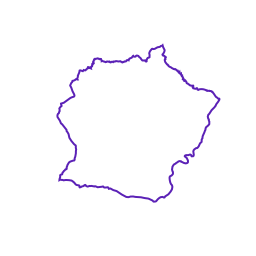 the district of Manja, Menabe, Madagascar, rotated 312°
{"feature_id": "10022922B70385192089273", "entity_name": "Manja", "entity_type": "district", "adm_level": 2, "iso_a3": "MDG", "parent_name": "Madagascar", "parent_adm1": "Menabe", "projection": "mercator", "projection_center": [44.3, -21.407], "detail": "fine", "context": "isolated", "style": "outline", "palette": "violet", "viewbox_px": 256, "rotation_deg": 312, "n_neighbors": 0, "source": "geoboundaries", "source_scale": "gbopen_adm2", "svg_char_len": 5799}
<svg xmlns="http://www.w3.org/2000/svg" viewBox="0 0 256 256"><g transform="rotate(312 128 128)"><path d="M212.6,98.4L212.2,98.4L210.8,97.5L210.2,97.5L209.5,97.3L207.7,95.9L204.7,94.9L203.5,93.9L203.1,93.0L202.5,92.8L199.6,93.0L197.8,93.7L196.7,95.2L195.0,96.6L194.5,96.5L193.3,95.8L192.5,95.8L191.7,96.1L190.9,96.1L190.5,96.5L190.3,97.1L189.9,97.2L189.6,97.1L189.3,96.5L189.5,95.7L189.5,95.3L188.0,93.8L187.8,93.3L188.0,91.8L188.4,90.3L188.2,89.0L188.5,87.5L187.8,86.1L187.0,85.7L186.1,85.8L185.7,85.5L185.0,84.7L184.9,84.1L185.1,83.6L184.8,83.5L182.7,83.7L180.7,82.7L179.8,82.9L179.5,82.7L178.8,83.1L178.7,82.5L177.9,82.2L177.4,81.7L176.7,81.9L176.2,81.9L175.7,81.6L175.1,80.8L174.1,80.7L173.8,80.2L172.9,79.9L172.8,79.6L172.9,78.9L172.4,78.1L172.4,77.5L171.2,76.6L169.7,74.3L168.5,73.8L168.1,73.0L167.0,72.9L166.7,71.9L166.0,71.4L165.2,71.3L165.0,71.0L164.8,70.5L165.0,69.9L164.9,69.6L164.4,69.5L163.9,68.5L163.2,67.8L162.7,67.8L162.1,67.1L161.9,67.1L161.8,66.7L161.5,66.2L161.4,65.7L161.0,65.2L160.6,63.7L160.2,63.6L160.7,63.1L160.7,62.4L161.2,61.7L160.9,61.3L160.0,60.7L160.0,60.0L159.6,59.6L159.6,59.1L159.4,58.8L157.5,57.6L157.0,57.5L157.1,57.1L156.4,56.9L154.8,57.6L154.0,57.7L153.9,57.8L153.9,58.2L153.4,58.3L153.3,59.1L153.1,59.3L152.8,59.2L152.3,58.6L151.7,58.6L151.7,59.2L151.6,59.3L150.7,59.3L150.3,59.5L150.1,59.9L149.9,60.0L149.1,59.7L148.6,60.0L148.3,59.6L147.9,59.5L147.4,60.4L147.1,59.5L146.4,58.9L146.9,58.0L146.4,57.5L145.3,58.0L144.5,57.9L143.8,58.0L143.2,57.7L142.4,57.8L141.9,57.3L141.5,56.3L140.0,56.4L139.0,54.1L138.6,53.7L138.3,53.6L136.7,54.6L133.2,55.8L132.5,56.5L130.7,57.2L130.3,58.1L130.2,58.0L129.7,56.8L129.3,56.6L128.1,56.5L126.6,55.8L125.9,55.2L124.7,55.8L123.7,55.7L121.0,56.5L120.6,57.2L120.1,58.7L118.2,62.2L117.0,65.4L116.4,66.4L115.7,66.8L115.1,66.8L113.2,65.7L111.8,65.1L103.8,63.4L101.3,61.9L100.6,62.7L100.2,63.6L99.9,63.9L98.2,63.7L96.6,63.9L95.5,65.3L95.2,65.4L94.6,66.0L93.8,66.1L92.7,66.7L91.7,66.5L90.7,66.8L89.8,67.4L89.0,68.3L87.9,72.4L86.6,75.1L86.7,76.6L85.5,83.5L84.6,84.5L84.4,85.9L83.7,87.9L81.5,91.0L80.5,94.6L79.9,98.7L80.0,100.8L79.7,101.3L78.4,102.4L77.4,103.8L76.0,104.7L74.3,106.2L71.4,108.0L69.8,108.6L68.7,109.6L67.8,109.7L67.0,109.0L64.5,107.6L62.9,107.2L59.9,107.8L58.5,108.5L57.9,108.6L56.8,109.6L56.4,109.8L56.0,109.7L55.5,109.2L54.0,109.3L53.2,109.1L52.1,109.3L51.1,109.2L49.7,110.0L49.4,110.0L48.3,109.3L47.5,109.2L46.2,110.4L44.2,111.3L43.4,111.9L44.3,112.2L45.2,113.7L45.7,114.2L46.0,115.1L47.8,116.6L49.8,119.1L51.2,121.3L51.5,123.6L51.3,123.8L51.4,125.0L51.1,126.4L51.1,127.2L51.3,128.0L52.5,129.9L52.6,130.3L52.4,130.7L51.7,131.3L51.6,131.9L52.5,132.5L53.4,132.7L54.8,133.6L55.4,133.9L55.7,133.8L56.6,134.0L57.1,134.4L57.1,135.1L56.9,135.8L57.4,137.1L57.9,137.5L59.1,138.1L59.5,138.7L60.5,139.6L62.1,142.2L62.6,142.4L63.0,143.1L63.7,145.1L67.1,148.1L67.8,148.5L67.9,148.8L67.8,149.8L68.0,150.3L69.0,151.4L70.4,152.6L70.5,153.0L70.0,154.5L71.0,155.1L71.3,155.5L72.0,158.6L73.5,161.7L74.4,167.9L75.6,172.8L76.2,173.7L77.0,174.7L78.8,175.8L80.5,177.6L81.8,179.7L85.2,184.0L87.1,187.3L89.0,190.1L89.4,191.0L90.2,193.7L90.5,194.7L90.4,196.2L90.6,196.5L91.5,197.4L92.4,197.9L93.1,197.9L94.8,197.8L97.1,198.1L98.5,198.6L99.7,199.6L100.0,199.9L100.3,201.1L100.8,201.6L102.1,201.4L105.8,202.4L109.4,202.2L111.8,201.7L113.5,200.7L114.2,200.1L114.9,199.0L115.1,197.5L115.8,195.9L117.3,193.8L118.5,192.5L119.2,191.9L119.6,191.7L120.3,191.6L121.9,192.2L123.6,192.2L124.1,192.0L125.3,190.9L125.7,189.9L126.6,188.5L129.1,186.9L130.9,186.6L131.9,186.6L133.4,187.2L134.3,187.2L135.7,187.7L136.7,187.8L137.7,188.3L138.7,189.5L138.5,190.1L139.0,191.2L139.3,192.6L140.2,194.4L141.0,195.1L141.9,195.5L142.5,195.5L143.0,195.2L144.0,194.2L145.0,191.7L144.9,189.2L145.3,188.9L145.8,188.9L146.8,189.4L148.2,191.0L149.7,191.8L150.0,192.2L150.1,193.1L149.6,193.9L149.6,194.3L150.5,195.2L151.2,195.3L152.1,194.8L154.3,192.2L155.3,191.7L156.5,191.6L158.3,192.0L158.8,192.2L159.4,192.8L159.8,192.9L161.7,192.8L164.8,191.8L166.8,192.0L167.3,191.7L168.7,190.5L170.4,190.1L171.0,189.5L172.1,188.9L175.8,187.7L177.7,186.9L178.4,186.8L179.8,185.8L181.4,185.5L182.3,185.8L185.0,185.9L185.5,185.6L187.2,184.1L187.6,183.1L188.5,182.3L188.6,181.4L189.8,179.7L191.6,178.8L192.9,178.9L197.2,178.2L201.5,178.4L202.5,178.2L203.0,178.3L204.6,177.7L208.0,177.4L210.0,177.0L210.7,176.6L210.8,176.1L210.2,175.5L210.2,173.7L210.0,172.4L211.0,168.4L211.0,167.9L211.3,167.1L211.3,166.4L211.0,166.1L211.2,165.6L210.9,165.1L210.9,164.8L210.1,163.9L210.1,163.5L209.0,162.5L209.0,162.0L208.7,161.3L208.4,161.4L208.0,159.7L207.2,158.1L206.4,157.0L205.0,155.5L204.1,155.0L203.5,154.9L203.2,154.4L203.1,154.0L203.7,153.0L203.7,152.5L203.5,152.4L202.7,152.2L202.3,151.9L201.8,151.1L201.6,150.5L201.2,150.0L201.2,149.8L201.6,149.5L201.5,148.9L201.6,148.7L202.1,148.5L202.9,148.5L203.1,148.1L201.6,146.5L201.4,145.8L201.1,145.3L201.2,144.5L201.0,143.8L201.0,142.7L200.6,141.7L200.9,141.0L201.3,140.6L201.7,138.8L200.8,138.6L200.6,138.2L201.4,137.2L200.9,136.5L200.9,136.2L201.8,136.1L202.1,135.5L202.0,135.1L202.5,134.6L202.5,134.1L202.8,133.7L202.5,133.6L202.5,133.3L202.7,133.0L203.1,133.1L203.4,132.9L203.2,132.2L203.5,131.4L203.8,131.1L203.2,131.0L203.4,130.2L203.3,129.9L203.9,129.1L203.4,129.2L203.2,128.8L203.4,128.6L203.9,128.5L204.0,128.3L203.4,127.3L203.9,126.6L203.4,126.0L203.6,125.2L203.4,124.8L203.5,123.9L203.1,123.4L202.7,123.2L202.6,122.5L202.3,122.3L202.1,121.1L201.9,120.6L201.9,120.1L201.8,119.2L201.3,117.8L201.2,116.6L201.6,115.9L201.4,115.3L201.6,114.8L201.4,114.4L201.9,111.7L202.5,110.6L203.2,109.7L203.5,109.6L204.1,109.8L204.8,108.8L205.3,108.7L205.7,108.9L205.9,108.8L206.0,108.3L205.8,107.8L205.9,106.7L205.3,105.6L205.5,104.6L206.0,104.4L206.8,104.5L209.1,103.9L210.4,103.1L211.7,99.8L212.6,98.4Z" fill="none" stroke="#5b21b6" stroke-width="2"/></g></svg>